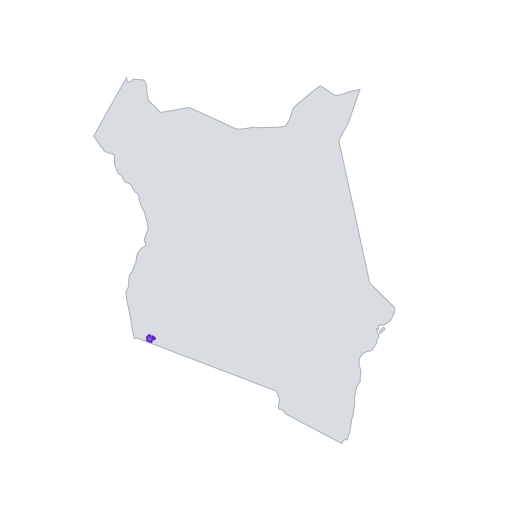 Suna West, Nyanza, Kenya (highlighted), rotated 348°
{"feature_id": "3690345B37794826705018", "entity_name": "Suna West", "entity_type": "district", "adm_level": 2, "iso_a3": "KEN", "parent_name": "Kenya", "parent_adm1": "Nyanza", "projection": "natural_earth1", "projection_center": [34.385, -1.091], "detail": "fine", "context": "in_parent", "style": "filled", "palette": "violet", "viewbox_px": 512, "rotation_deg": 348, "n_neighbors": 0, "source": "geoboundaries", "source_scale": "gbopen_adm2", "svg_char_len": 4392}
<svg xmlns="http://www.w3.org/2000/svg" viewBox="0 0 512 512"><g transform="rotate(348 256 256)"><path d="M119.8,311.4L119.7,304.7L120.5,287.5L120.4,272.5L121.1,264.9L124.4,260.2L125.8,256.7L126.9,251.8L128.6,247.9L132.4,244.7L133.1,242.9L137.1,237.5L139.6,230.6L141.4,228.3L143.7,226.1L145.3,225.0L147.9,223.8L150.0,223.2L150.4,222.6L150.6,221.5L149.9,217.2L150.8,215.8L152.2,213.0L153.8,210.3L155.3,208.6L156.1,206.9L156.5,203.8L156.5,201.7L156.5,198.2L156.0,190.3L154.3,183.7L153.3,176.2L154.0,173.8L152.7,169.4L152.0,169.2L150.9,168.2L149.5,164.1L148.5,160.4L147.8,159.5L143.2,156.2L140.9,148.5L138.4,146.8L137.0,139.1L136.7,136.9L138.2,129.2L138.0,127.5L136.5,125.9L132.2,124.2L128.7,121.1L129.2,120.0L129.4,118.8L127.6,118.1L122.3,105.0L129.1,97.1L136.1,89.1L144.9,79.1L153.1,69.8L160.1,61.8L166.4,54.7L166.2,56.0L166.3,57.8L167.1,58.9L168.3,59.7L170.1,58.9L171.7,57.8L173.2,57.6L182.7,60.5L184.2,63.1L184.1,65.9L184.6,67.9L183.8,70.0L183.1,76.1L183.3,81.7L186.1,85.9L188.6,89.2L190.7,93.8L192.1,95.2L194.2,95.9L200.7,96.1L210.3,96.4L219.5,96.7L220.3,96.8L222.3,97.4L230.8,103.6L238.6,109.3L245.2,114.2L251.6,119.0L257.8,123.7L262.7,127.6L267.4,128.7L275.1,129.3L280.5,129.5L285.4,131.1L292.8,132.6L298.3,133.4L301.6,134.3L310.8,135.2L312.3,134.7L316.3,130.4L320.8,123.4L322.6,119.5L328.5,115.7L338.8,110.4L346.0,106.7L354.1,102.9L357.8,106.2L362.8,111.4L365.1,114.0L366.9,115.1L369.7,115.9L373.0,115.9L374.9,115.8L378.6,115.1L387.3,114.5L392.3,114.6L388.1,121.5L383.1,129.9L373.9,145.2L366.8,153.3L361.5,159.4L361.0,160.5L361.0,167.4L361.1,184.0L361.3,217.3L361.4,250.7L361.5,284.0L361.6,300.6L361.6,306.2L366.3,313.2L370.8,320.1L376.9,329.1L380.1,334.0L380.6,335.6L380.5,338.8L375.5,345.6L371.4,348.7L365.9,350.2L364.3,349.9L362.1,348.9L361.3,350.6L360.6,353.1L359.4,352.6L358.5,351.8L359.0,356.3L359.6,358.5L358.8,361.6L356.1,364.2L355.9,366.4L350.1,372.2L341.9,372.9L337.6,375.7L335.7,378.1L334.2,383.3L334.7,391.2L332.4,397.3L332.0,400.3L327.7,404.3L325.9,407.9L324.5,411.6L323.3,413.2L321.8,421.5L319.8,426.5L319.3,428.2L318.8,429.7L317.3,432.6L316.3,434.7L315.6,436.0L310.6,448.9L306.7,454.7L303.6,454.0L301.6,456.3L301.4,457.3L300.3,456.7L297.7,454.6L292.5,450.2L287.3,445.9L282.0,441.5L276.8,437.1L271.6,432.8L266.3,428.4L261.1,424.0L255.9,419.6L252.8,417.1L251.4,415.6L250.4,412.6L249.8,411.8L248.4,410.9L246.8,410.6L246.3,410.1L246.4,408.6L246.9,406.5L248.9,402.5L249.1,400.2L248.7,397.5L248.1,393.2L247.6,392.2L244.1,390.0L236.8,385.3L229.5,380.6L222.3,375.9L215.0,371.1L207.7,366.4L200.4,361.7L193.1,357.0L185.9,352.3L178.6,347.6L171.3,342.9L164.0,338.2L156.7,333.5L149.4,328.8L142.2,324.1L134.9,319.4L127.6,314.7L124.9,312.9L122.4,311.4L119.8,311.4ZM362.1,357.1L360.8,357.5L361.5,355.2L365.2,352.3L366.7,353.0L367.0,353.6L366.9,354.2L366.3,354.8L362.1,357.1Z" fill="#d9dde1" stroke="#a8b0b8" stroke-width="1"/><path d="M140.4,315.5L140.2,315.5L140.1,315.4L139.9,315.4L139.7,315.3L139.6,315.2L139.4,315.0L139.2,315.1L139.2,314.9L139.2,314.7L139.3,314.7L139.2,314.4L139.2,314.1L139.2,313.9L139.0,313.7L138.9,313.6L139.0,313.5L138.9,313.4L138.8,313.5L138.7,313.5L138.6,313.4L138.4,313.4L138.2,313.2L138.2,313.3L138.2,313.5L138.1,313.8L138.2,314.0L138.2,314.3L138.1,314.5L137.9,314.5L137.7,314.5L137.6,314.4L137.4,314.4L137.2,314.4L137.1,314.2L136.9,314.0L136.8,313.8L136.7,313.8L136.6,313.7L136.4,313.6L136.2,313.3L135.9,313.3L135.9,313.2L135.9,312.9L136.0,312.8L136.0,312.7L136.1,312.4L136.1,312.1L136.2,311.9L136.1,311.7L135.9,311.8L135.9,311.7L135.8,311.8L135.7,311.7L135.4,311.6L135.2,311.6L134.9,311.5L134.9,311.4L134.7,311.3L134.6,311.2L134.5,311.3L134.4,311.2L134.3,311.3L134.2,311.4L134.1,311.5L133.9,311.6L133.8,311.8L133.7,311.9L133.4,312.0L133.2,312.2L132.9,312.1L132.7,312.3L132.6,312.5L132.4,312.6L132.3,312.8L132.5,313.0L132.6,313.3L132.4,313.4L132.5,313.5L132.6,313.9L132.6,314.0L132.5,314.3L132.6,314.5L132.4,314.7L132.3,314.8L132.2,314.8L132.1,315.0L131.9,315.1L131.8,315.3L131.7,315.6L131.7,315.8L132.5,316.4L133.8,317.4L135.9,318.7L136.0,318.6L136.1,318.4L136.2,318.1L136.2,317.8L136.3,317.7L136.4,317.3L136.4,317.2L136.5,317.1L136.5,316.9L136.8,316.7L137.0,316.5L137.1,316.4L137.3,316.5L137.5,316.5L137.5,316.4L137.8,316.3L138.0,316.3L138.3,316.3L138.5,316.2L138.8,316.2L139.0,316.2L139.3,316.3L139.5,316.4L139.6,316.2L139.8,316.1L140.0,316.0L140.1,315.9L140.3,315.8L140.4,315.7L140.4,315.5Z" fill="#8b5cf6" stroke="#5b21b6" stroke-width="1.5"/></g></svg>